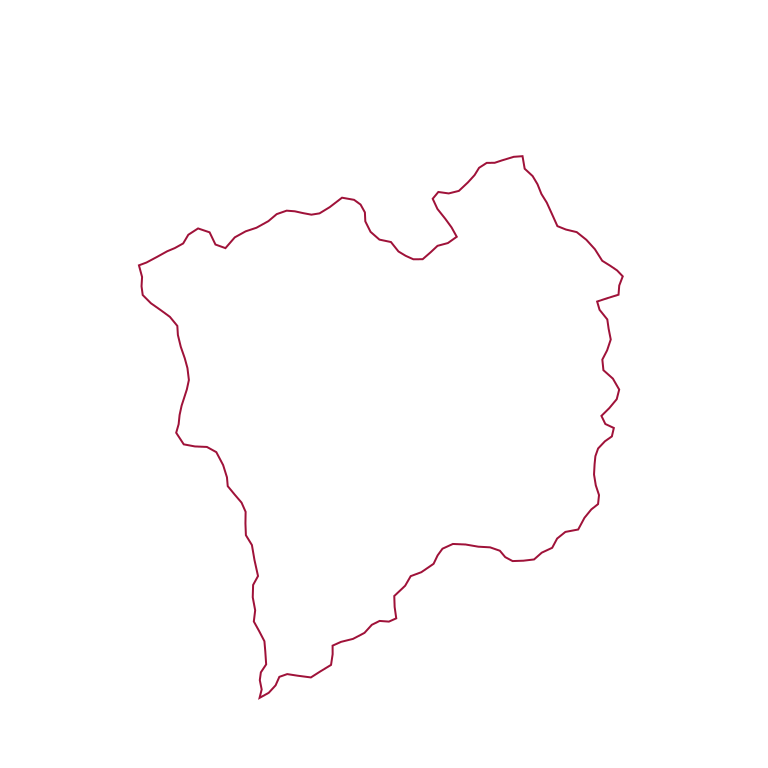 Bom Repouso, Minas Gerais, Brazil (Mercator projection), rotated 331°
{"feature_id": "56859067B38014938025616", "entity_name": "Bom Repouso", "entity_type": "district", "adm_level": 2, "iso_a3": "BRA", "parent_name": "Brazil", "parent_adm1": "Minas Gerais", "projection": "mercator", "projection_center": [-46.184, -22.441], "detail": "fine", "context": "isolated", "style": "outline", "palette": "rose", "viewbox_px": 768, "rotation_deg": 331, "n_neighbors": 0, "source": "geoboundaries", "source_scale": "gbopen_adm2", "svg_char_len": 2350}
<svg xmlns="http://www.w3.org/2000/svg" viewBox="0 0 768 768"><g transform="rotate(331 384 384)"><path d="M615.6,251.9L607.6,248.2L595.5,245.6L588.1,244.2L581.0,240.4L572.0,241.0L564.5,245.2L555.0,248.4L543.1,251.4L533.0,248.7L524.6,242.4L516.4,245.6L515.6,256.8L517.7,269.3L519.0,279.8L519.0,290.5L508.2,291.7L497.8,289.1L488.6,291.4L478.3,293.6L470.1,289.1L465.1,282.4L460.9,275.1L458.9,263.2L450.0,255.5L446.0,244.4L446.5,232.7L450.5,224.6L450.5,215.7L447.1,208.4L437.6,200.7L422.3,203.0L410.3,203.5L402.6,200.7L396.3,195.5L389.7,189.7L382.9,185.2L372.5,183.4L361.9,185.5L348.2,185.5L337.0,183.4L324.6,183.4L311.2,188.3L304.2,180.3L305.0,166.8L296.8,157.8L285.2,158.6L276.5,163.7L266.9,163.7L258.7,162.8L247.4,162.8L235.1,162.6L227.2,161.4L224.3,173.1L219.3,181.0L216.1,189.2L219.3,200.4L224.3,210.7L229.3,221.5L231.4,233.0L227.5,241.2L224.3,252.9L222.2,265.0L219.8,274.8L215.3,285.9L209.0,293.1L202.3,299.4L196.5,304.8L190.2,312.0L184.9,319.6L178.6,325.9L179.6,339.7L188.3,346.9L198.6,353.2L204.3,362.3L204.0,376.9L201.4,389.5L197.8,397.6L199.8,408.4L201.9,418.7L201.0,428.7L195.2,438.8L189.9,449.3L190.4,460.8L185.4,475.1L180.7,490.9L172.1,496.3L165.8,506.9L161.6,519.5L155.0,528.6L155.0,539.8L154.7,551.0L150.5,560.4L145.0,572.1L136.5,576.5L131.8,582.8L128.9,591.9L123.0,598.2L133.5,598.2L143.1,595.0L150.5,589.4L158.7,590.8L167.1,597.3L177.8,605.2L189.1,604.5L201.5,604.0L208.1,595.4L212.2,587.9L221.4,588.7L233.3,591.9L246.3,592.2L256.6,588.7L265.3,589.1L273.1,594.2L281.1,594.9L285.2,584.2L290.2,574.4L304.7,570.7L314.2,565.0L325.4,566.7L340.2,565.3L347.8,559.9L355.3,556.4L366.7,557.3L377.5,563.9L387.6,572.0L397.6,578.3L404.5,586.0L406.1,594.2L410.6,601.2L420.2,606.1L430.2,610.2L440.2,608.0L451.7,608.8L460.5,603.1L470.9,601.3L483.3,605.4L494.5,598.2L504.5,594.2L513.0,592.8L518.2,585.4L520.1,575.3L523.8,565.0L529.2,556.4L533.9,549.6L540.0,544.2L549.5,541.2L557.9,540.3L563.7,533.9L558.2,526.3L558.7,517.3L569.4,514.3L580.2,510.1L587.0,502.9L586.8,490.3L582.6,478.3L586.8,468.5L595.5,462.7L603.9,455.0L607.2,444.7L610.6,435.8L608.5,423.6L610.4,415.2L621.4,417.3L632.4,419.6L637.5,411.9L645.0,405.6L642.9,397.6L639.1,390.1L634.6,382.0L633.8,368.4L630.9,356.0L626.2,344.6L618.0,337.1L612.2,330.0L613.3,316.9L614.3,304.3L613.8,294.1L615.1,283.7L614.8,274.2L611.4,263.9L615.6,251.9Z" fill="none" stroke="#9f1239" stroke-width="2"/></g></svg>